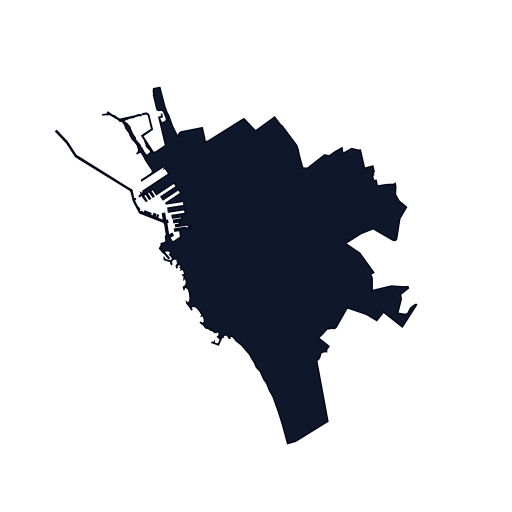 the district of Constanta, Constanta, Romania, rotated 164°
{"feature_id": "2599482B843815366907", "entity_name": "Constanta", "entity_type": "district", "adm_level": 2, "iso_a3": "ROU", "parent_name": "Romania", "parent_adm1": "Constanta", "projection": "albers", "projection_center": [28.637, 44.187], "detail": "fine", "context": "isolated", "style": "filled", "palette": "ink", "viewbox_px": 512, "rotation_deg": 164, "n_neighbors": 0, "source": "geoboundaries", "source_scale": "gbopen_adm2", "svg_char_len": 6165}
<svg xmlns="http://www.w3.org/2000/svg" viewBox="0 0 512 512"><g transform="rotate(164 256 256)"><path d="M134.5,332.9L144.4,330.5L143.5,336.3L152.0,334.2L158.1,332.0L162.2,334.3L182.4,326.1L186.8,327.7L186.7,340.7L186.2,346.7L186.5,351.3L195.3,374.4L195.9,374.2L199.8,384.4L222.0,376.3L229.8,391.3L270.4,379.6L274.1,380.0L273.0,382.1L272.3,394.1L293.8,395.9L295.8,395.2L297.8,392.9L298.5,392.8L300.6,404.2L301.2,414.8L302.0,418.3L302.5,424.6L302.0,444.5L308.3,445.0L309.5,441.9L309.2,439.7L310.1,439.2L310.8,423.9L309.3,422.7L306.0,422.2L305.0,420.2L304.2,413.8L304.6,410.8L309.9,409.4L310.8,414.1L310.8,415.6L307.8,415.7L307.7,419.0L308.0,416.0L311.1,416.1L312.4,387.2L323.5,383.6L326.1,383.7L332.0,402.6L320.8,406.3L320.3,421.6L321.9,423.5L325.7,423.9L325.9,423.5L325.6,423.2L322.3,423.1L320.6,421.2L321.2,406.7L332.6,403.1L330.9,397.3L331.2,396.2L330.6,393.5L331.2,392.5L330.9,391.2L328.2,386.3L328.5,385.3L329.6,383.8L331.4,383.5L332.8,382.1L333.4,382.6L335.2,386.6L336.0,391.0L336.9,392.4L336.9,394.4L339.3,399.5L339.9,401.6L339.5,402.8L340.7,405.8L341.4,409.1L341.4,410.7L341.9,411.7L341.7,414.5L343.7,418.9L345.9,421.4L346.0,422.1L345.7,422.8L339.5,423.5L336.0,423.0L333.2,423.5L329.2,423.3L327.8,422.7L327.6,423.1L328.5,423.8L330.0,424.1L333.8,423.9L349.1,424.9L351.1,426.6L353.6,429.9L354.4,430.1L356.8,432.6L358.5,435.0L359.3,434.3L358.0,432.9L365.1,434.2L357.5,432.4L350.7,425.2L349.5,422.9L348.2,422.9L347.4,422.1L345.9,418.0L345.9,414.8L343.7,408.9L343.7,406.6L342.6,402.2L341.1,399.5L339.5,395.4L339.4,390.6L340.4,388.3L342.6,387.1L338.7,387.9L337.8,387.1L336.8,384.2L335.6,378.3L332.0,367.0L332.0,366.2L333.0,364.5L333.9,364.0L345.1,360.5L345.1,359.9L320.0,367.6L319.4,366.3L320.0,365.5L319.2,365.7L317.1,358.9L346.6,349.6L346.3,349.3L346.8,348.1L347.9,347.8L347.9,347.1L348.4,346.9L349.2,348.1L349.2,346.7L350.9,346.3L351.7,345.8L351.5,345.3L348.6,346.1L348.3,343.3L346.7,339.3L346.2,338.9L345.8,339.1L347.7,345.2L344.8,346.1L342.8,340.0L341.7,340.4L343.5,346.7L340.8,347.4L338.8,341.2L337.6,341.7L339.6,347.8L338.6,348.1L336.7,348.5L334.7,342.5L314.6,348.9L313.3,344.7L330.9,339.2L330.5,337.7L329.8,335.7L312.2,341.3L310.9,337.1L328.5,331.5L328.0,331.5L328.0,331.0L328.4,330.9L310.6,328.6L311.2,324.3L327.4,326.3L328.0,322.4L311.7,320.3L312.2,316.4L325.5,318.1L325.8,315.5L316.5,314.3L316.9,312.1L325.4,313.1L325.7,310.8L320.0,310.0L320.2,308.8L320.6,308.9L320.6,308.6L320.2,308.5L320.3,307.5L324.7,308.1L324.9,306.3L316.1,305.2L313.8,305.3L313.7,304.3L310.4,303.9L310.6,302.3L313.5,302.7L310.6,302.1L310.8,300.9L315.0,301.5L315.0,302.0L316.1,302.9L326.9,304.3L327.1,302.3L322.2,301.7L323.1,295.1L332.3,292.1L334.0,297.4L334.7,297.4L329.9,298.7L330.6,300.8L334.4,299.8L332.8,312.8L331.5,312.7L331.3,314.7L333.1,315.0L332.2,322.2L334.2,322.3L334.9,316.6L334.5,316.5L334.8,315.2L340.5,319.5L338.7,321.9L339.3,322.4L341.0,320.1L342.6,321.3L340.9,323.6L342.4,324.8L344.1,322.6L346.5,324.4L345.4,325.9L350.3,329.7L351.8,327.8L353.0,328.7L352.8,329.4L353.9,330.2L354.4,329.7L355.6,330.8L355.8,332.6L355.2,332.9L355.6,334.8L356.3,334.9L356.3,336.2L356.7,337.1L357.8,343.0L356.3,343.9L356.4,344.4L357.9,344.1L357.2,353.7L359.0,355.3L401.4,402.5L406.0,417.7L413.1,431.4L414.1,430.9L406.7,416.7L402.0,401.2L359.1,354.2L358.3,352.3L358.6,343.8L358.4,341.5L355.9,329.5L336.1,314.4L335.0,313.0L334.9,311.2L336.2,300.7L337.5,299.9L338.2,296.2L338.1,294.8L340.7,293.9L343.4,294.1L343.9,293.7L343.9,292.5L346.6,289.9L344.8,285.7L342.8,282.7L340.6,277.6L340.8,277.3L340.1,277.9L342.9,284.2L342.4,286.2L338.2,285.1L336.6,282.1L338.6,281.2L336.5,277.0L339.0,274.5L343.9,277.2L344.5,277.8L344.8,279.3L345.2,278.4L344.8,277.5L339.3,274.1L339.9,272.2L339.5,271.2L339.2,271.4L339.1,273.8L337.3,275.7L334.4,275.5L332.4,274.5L331.9,273.8L331.9,272.4L332.6,271.9L333.1,272.3L332.7,270.9L335.4,268.4L335.3,266.7L334.9,266.9L334.7,268.4L333.5,269.2L331.6,268.6L330.4,267.4L330.3,266.5L331.9,266.0L331.5,265.7L331.4,264.0L331.8,263.5L330.0,263.6L329.4,261.2L329.4,258.6L329.8,257.7L330.5,257.3L331.1,258.0L331.6,258.0L331.4,257.3L330.6,256.8L330.7,255.1L331.3,254.7L331.5,253.9L330.9,254.4L330.3,254.0L329.8,252.4L330.1,248.7L330.5,247.9L331.1,248.2L331.0,247.2L334.3,246.1L334.4,244.5L334.4,243.9L334.1,244.0L333.9,245.7L333.1,245.7L330.7,244.2L330.0,241.7L330.1,238.3L330.9,233.6L331.7,231.4L333.9,229.5L334.9,229.2L335.4,230.4L335.5,229.6L333.6,225.2L332.8,222.3L332.4,222.5L333.0,224.3L332.2,225.0L330.1,225.0L328.2,224.0L326.8,222.1L325.1,218.3L324.0,214.1L324.8,213.4L323.5,213.4L323.2,212.7L323.1,208.9L323.9,206.8L325.7,205.3L327.2,207.4L327.6,207.3L327.2,206.3L325.5,204.5L324.7,202.1L323.4,200.0L322.6,200.3L321.3,199.1L320.2,197.3L318.7,196.8L316.7,193.9L315.2,193.5L314.3,194.2L313.2,193.3L312.6,192.1L312.5,191.4L313.5,190.0L314.3,188.9L315.1,188.8L313.1,185.6L316.1,182.0L317.2,181.8L318.5,182.6L320.3,184.0L320.0,184.9L320.6,184.4L321.8,185.1L322.1,184.9L316.6,180.9L311.0,187.6L310.1,187.1L310.2,187.9L308.0,188.7L305.3,188.1L305.5,187.4L304.6,186.6L304.9,185.5L304.2,184.2L303.8,184.3L304.2,184.9L304.0,185.4L302.9,185.9L301.5,185.5L300.2,184.3L298.3,179.8L294.5,174.6L289.2,163.1L288.4,159.1L286.8,153.6L286.3,149.0L283.7,143.8L282.4,135.1L280.8,130.6L280.1,123.0L278.4,116.4L277.3,99.0L277.0,86.0L277.3,67.0L269.1,67.0L232.5,77.3L226.5,138.9L224.9,139.2L223.1,140.5L221.3,143.3L221.0,144.4L219.9,144.9L217.6,145.4L214.4,144.6L214.5,146.1L210.8,149.1L218.6,160.1L214.4,162.2L208.0,166.2L203.1,165.7L200.6,164.7L199.7,164.9L198.3,165.7L182.6,181.1L165.9,169.5L157.7,160.7L148.9,167.0L134.9,147.5L115.1,164.9L115.5,165.4L117.1,165.2L121.9,163.3L125.5,159.2L128.3,158.5L134.8,161.6L135.3,162.4L128.3,174.5L127.8,178.3L128.3,179.0L118.4,183.1L118.4,184.7L122.0,185.4L134.2,189.8L154.2,190.7L153.6,191.6L150.6,202.3L150.4,203.3L151.1,206.8L147.4,207.6L155.4,230.0L166.6,243.4L148.7,248.7L135.8,249.9L119.7,233.2L117.8,232.6L116.5,233.2L115.8,234.4L107.5,252.3L97.9,261.5L103.3,269.3L105.1,276.5L102.4,284.8L102.3,287.4L103.4,286.8L110.7,288.6L120.1,289.8L119.7,295.6L122.2,296.0L121.9,301.1L121.5,301.6L120.6,301.6L120.6,304.3L119.2,304.3L118.9,310.2L127.5,310.4L126.5,329.1L128.2,329.3L134.5,332.9Z" fill="#0f172a" stroke="#020617" stroke-width="1.5"/></g></svg>